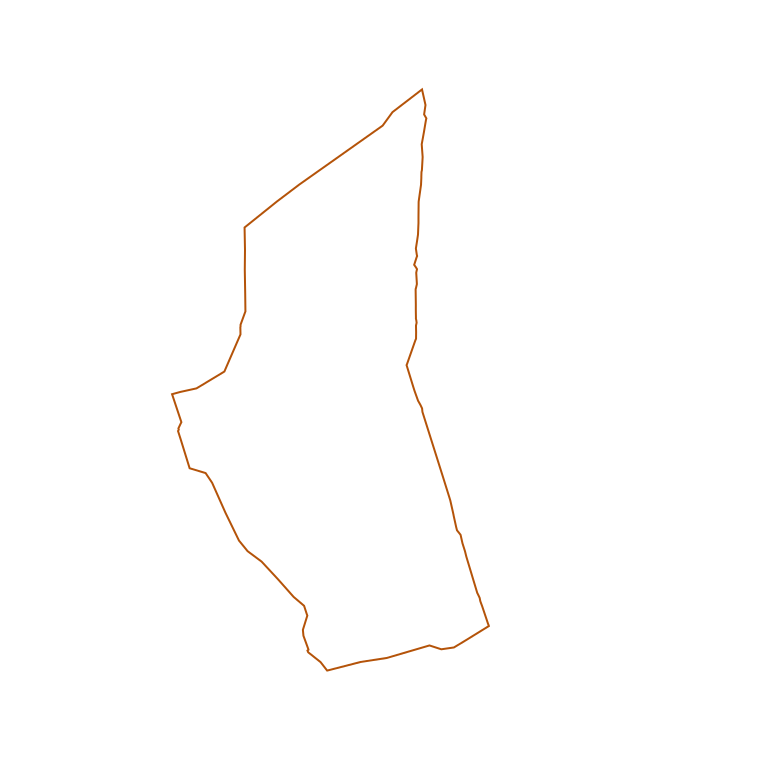 Al Buram, South Kordufan, Sudan, rotated 203°
{"feature_id": "16777658B98120028392417", "entity_name": "Al Buram", "entity_type": "district", "adm_level": 2, "iso_a3": "SDN", "parent_name": "Sudan", "parent_adm1": "South Kordufan", "projection": "equal_earth", "projection_center": [29.873, 10.592], "detail": "fine", "context": "isolated", "style": "outline", "palette": "amber", "viewbox_px": 768, "rotation_deg": 203, "n_neighbors": 0, "source": "geoboundaries", "source_scale": "gbopen_adm2", "svg_char_len": 2108}
<svg xmlns="http://www.w3.org/2000/svg" viewBox="0 0 768 768"><g transform="rotate(203 384 384)"><path d="M575.1,291.8L573.5,290.0L555.6,269.7L555.7,268.0L555.8,265.4L555.9,262.8L555.1,261.8L555.2,260.2L549.6,253.7L530.0,230.5L513.4,232.3L503.6,225.9L479.7,203.6L456.3,183.2L444.2,176.8L427.3,172.7L405.0,162.7L384.0,152.7L370.9,148.6L364.9,141.7L364.7,141.5L364.1,140.9L362.6,126.0L359.8,120.8L350.1,110.4L349.9,110.2L349.7,109.9L350.3,108.8L349.8,108.3L349.7,108.1L348.9,107.4L333.7,103.2L324.4,98.0L324.2,98.1L296.9,119.0L274.4,132.9L242.3,159.2L240.0,161.1L227.6,162.2L226.6,162.8L216.7,168.8L208.6,180.0L192.9,202.2L193.4,202.8L194.6,204.0L197.6,207.4L206.9,217.9L208.9,220.0L210.2,221.4L210.9,222.3L212.3,224.4L213.7,225.7L216.6,228.2L240.8,257.3L244.1,261.7L249.5,268.0L254.6,275.1L255.7,275.7L256.6,276.2L259.6,277.8L261.6,280.4L268.5,290.1L268.8,290.6L270.0,292.3L277.4,302.6L279.4,305.0L294.1,322.3L337.7,373.3L339.4,376.4L342.2,378.9L346.1,381.9L353.2,389.6L356.2,393.1L370.6,410.2L370.6,411.2L370.6,411.4L372.2,436.4L372.2,438.2L372.7,439.4L374.7,444.3L375.2,445.4L377.0,449.4L377.5,450.6L377.5,451.0L377.6,451.4L377.9,453.1L378.2,453.6L379.0,455.0L380.2,456.7L380.5,457.5L382.9,462.9L383.6,464.5L385.0,467.8L385.8,469.7L391.7,483.1L392.0,483.9L392.0,484.4L392.7,488.5L393.0,489.3L397.8,499.0L398.0,499.9L398.5,502.6L398.7,502.8L399.3,503.2L400.1,503.8L402.8,505.5L402.9,506.8L403.5,513.5L403.5,514.7L403.9,515.3L404.2,515.6L407.6,521.2L407.9,522.4L409.4,528.4L411.0,534.5L411.3,535.4L414.1,542.8L415.1,545.5L417.6,551.4L423.2,565.0L423.5,565.9L427.8,582.0L428.1,582.7L428.3,583.3L430.2,588.4L430.6,589.3L432.3,593.7L432.4,594.1L432.6,595.4L433.0,596.6L437.1,608.0L443.0,619.5L443.2,620.5L444.4,625.9L445.7,631.6L447.7,639.9L448.1,641.6L448.6,643.8L448.8,645.1L449.1,645.3L452.4,647.8L454.8,657.0L464.1,670.0L482.4,637.6L486.2,621.3L508.6,585.1L539.9,534.5L553.8,510.3L573.5,473.6L564.3,453.0L556.8,434.8L546.7,412.1L539.9,396.6L539.9,395.9L539.2,382.5L538.5,380.8L538.4,380.1L535.5,373.6L535.8,333.1L554.9,306.7L568.4,297.1L575.1,291.8Z" fill="none" stroke="#b45309" stroke-width="2"/></g></svg>